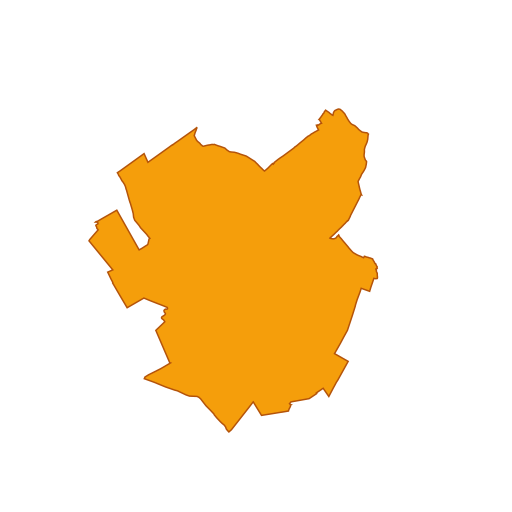 outline of Topolovatu Mare, Timis, Romania, rotated 49°
{"feature_id": "2599482B42995693955942", "entity_name": "Topolovatu Mare", "entity_type": "district", "adm_level": 2, "iso_a3": "ROU", "parent_name": "Romania", "parent_adm1": "Timis", "projection": "albers", "projection_center": [21.637, 45.789], "detail": "fine", "context": "isolated", "style": "filled", "palette": "amber", "viewbox_px": 512, "rotation_deg": 49, "n_neighbors": 0, "source": "geoboundaries", "source_scale": "gbopen_adm2", "svg_char_len": 6059}
<svg xmlns="http://www.w3.org/2000/svg" viewBox="0 0 512 512"><g transform="rotate(49 256 256)"><path d="M371.0,391.9L371.0,388.6L370.9,388.0L365.5,360.0L364.3,354.1L364.3,353.8L379.9,356.4L384.7,348.7L394.3,333.2L393.9,332.7L393.2,331.4L392.4,329.4L392.1,328.7L391.6,328.2L391.2,327.7L391.3,327.1L390.8,327.4L390.1,327.6L389.4,327.6L389.2,325.9L389.0,325.4L398.5,309.5L399.6,300.8L399.6,300.4L398.9,300.3L399.9,292.1L409.8,293.2L406.3,284.2L405.6,282.3L405.0,280.7L404.0,278.1L403.3,275.6L396.0,255.6L381.2,260.8L377.3,249.7L374.8,243.2L372.1,235.8L364.2,222.5L359.1,214.2L358.2,213.0L355.3,208.3L351.4,201.1L349.4,197.8L357.2,193.4L354.8,189.6L352.2,185.1L350.2,181.7L351.2,181.0L351.8,180.4L352.3,179.6L352.5,179.3L352.5,179.2L352.1,178.6L351.4,178.0L350.1,177.1L348.7,175.9L348.2,175.7L347.3,175.5L346.1,175.0L345.9,174.6L345.5,174.4L344.7,174.3L344.4,174.0L344.5,173.8L344.9,173.1L344.9,172.8L344.8,172.5L344.2,172.4L343.9,171.9L343.8,171.7L343.6,171.6L342.8,171.6L341.7,171.2L341.1,171.2L340.8,170.9L340.6,170.8L340.2,170.8L339.8,171.1L339.5,171.1L338.3,170.7L336.5,170.4L335.8,170.2L335.1,170.2L334.7,169.9L334.3,170.1L332.3,171.2L331.9,171.6L330.4,172.4L329.3,173.3L327.6,174.1L327.3,174.4L327.7,175.3L327.9,175.9L327.2,176.3L325.4,177.0L322.3,178.6L321.1,179.1L317.3,180.4L316.5,180.5L314.8,180.6L310.5,180.6L309.5,180.5L300.9,180.4L299.1,180.3L295.7,180.4L295.3,180.3L295.0,179.9L294.7,179.8L294.3,179.8L294.4,180.2L294.5,180.7L294.4,181.4L294.4,182.0L294.8,183.2L294.8,183.9L294.5,185.0L294.2,185.7L293.7,186.5L293.1,187.0L292.9,187.3L292.7,187.4L292.0,187.8L291.7,188.2L291.0,188.5L290.9,188.1L290.9,187.4L290.8,182.7L290.6,179.8L290.6,178.7L290.6,178.3L290.5,177.6L290.4,176.9L290.4,176.4L290.3,175.4L290.2,172.0L290.0,171.1L290.1,170.6L290.0,170.2L289.9,169.2L289.8,167.0L289.6,166.1L289.6,164.4L289.6,164.1L289.3,163.8L289.7,163.2L289.4,162.3L289.2,161.9L288.0,159.0L287.7,158.5L287.4,158.0L284.7,151.3L281.8,144.1L280.4,140.6L279.8,139.4L278.6,136.4L279.0,136.2L278.0,135.9L275.4,134.6L274.0,134.0L268.0,130.8L266.9,130.2L266.5,129.6L265.4,126.8L264.9,125.3L263.6,122.7L263.2,121.3L262.8,119.7L262.0,117.4L261.5,116.2L261.2,115.4L260.7,114.7L259.2,112.7L257.4,110.7L257.0,110.5L255.7,110.5L255.0,110.4L252.0,109.2L251.3,108.7L250.5,108.0L248.6,105.9L246.7,104.3L245.7,102.9L244.7,101.3L244.6,101.0L243.7,99.0L242.8,97.3L242.3,96.6L241.3,95.2L238.6,92.4L238.2,91.9L237.8,91.2L237.5,91.3L236.5,91.2L236.2,91.3L235.5,91.7L234.6,92.6L233.5,93.5L232.5,94.3L231.8,94.7L229.2,95.3L227.8,95.5L226.0,95.5L222.7,95.9L222.1,96.1L219.7,97.2L218.3,97.5L217.7,97.5L215.5,97.4L214.3,97.2L212.7,97.0L211.6,96.7L208.8,96.2L207.3,95.8L206.3,95.7L205.3,95.8L203.5,95.8L203.1,95.8L202.2,96.1L201.1,96.1L200.6,96.3L200.3,96.4L199.2,97.3L198.7,98.4L198.1,100.6L198.0,101.0L198.0,101.4L198.4,102.9L198.6,103.4L199.1,104.1L199.5,104.5L200.3,105.7L199.6,106.0L199.0,106.1L196.6,106.7L195.8,106.7L195.0,106.9L194.3,107.1L191.6,107.8L191.7,108.3L192.0,109.8L192.1,110.0L192.5,110.7L192.6,111.0L192.7,111.7L192.7,112.4L193.1,113.3L193.2,113.6L193.4,114.7L193.7,115.8L194.3,118.8L194.4,118.7L195.3,118.8L197.9,119.3L198.8,119.5L198.6,119.8L198.4,120.8L198.2,121.6L198.2,122.7L198.0,123.0L197.8,123.2L198.0,123.3L197.8,123.9L197.3,124.0L196.9,124.6L197.8,125.0L199.0,125.4L201.9,126.1L201.7,126.9L201.4,128.6L201.0,130.1L200.5,133.0L200.2,134.2L200.2,135.8L200.0,137.1L199.9,137.8L199.7,138.2L199.7,138.7L199.6,141.0L199.7,143.9L199.5,149.1L199.5,152.2L199.4,153.9L199.2,155.1L199.2,155.5L199.3,155.8L199.3,157.0L198.3,169.8L197.8,173.6L197.6,175.9L197.4,180.3L197.4,180.9L197.8,182.3L197.9,182.2L198.0,182.8L197.1,182.9L197.1,183.3L197.1,184.1L197.2,185.6L197.5,189.4L197.5,192.2L197.5,193.2L197.4,193.9L194.9,194.2L193.7,194.2L192.5,194.4L189.4,194.6L187.8,194.6L186.0,194.8L183.7,194.9L181.2,195.7L176.1,197.2L174.5,197.7L174.0,197.9L168.7,201.1L167.1,201.9L165.2,203.1L163.6,204.2L161.0,206.7L160.1,207.4L159.6,207.7L156.9,208.4L154.1,208.7L149.5,211.3L148.0,212.3L144.5,214.2L144.3,214.3L144.1,214.9L143.0,215.9L142.5,216.7L141.8,218.0L141.3,218.8L141.1,219.0L140.1,220.8L139.1,222.8L138.8,223.5L138.0,224.2L137.7,224.3L137.4,224.2L136.2,224.4L135.5,224.6L134.4,224.4L133.0,224.6L131.3,224.9L129.7,224.9L124.7,223.7L123.0,221.1L121.9,218.9L121.3,217.9L121.0,217.5L120.6,216.6L120.4,216.5L120.2,216.5L120.0,220.1L119.5,224.9L118.0,240.0L117.6,243.5L117.5,245.9L117.3,245.9L117.1,247.1L116.9,249.8L115.6,263.7L114.4,276.1L105.3,273.3L102.6,302.8L102.3,305.0L102.2,306.0L103.7,306.2L104.7,306.6L105.7,306.8L107.3,306.9L111.2,307.8L113.3,307.9L115.7,308.3L117.4,308.8L119.1,309.5L119.9,310.0L121.3,310.5L130.1,314.7L132.8,315.9L133.7,316.2L139.6,318.9L143.4,320.8L145.7,322.4L146.4,322.9L149.0,323.9L149.7,324.1L151.5,324.1L156.2,324.2L159.0,324.6L167.9,324.3L170.1,324.5L173.1,324.5L173.0,325.6L173.4,326.1L176.1,329.7L176.2,330.2L176.3,330.8L175.9,333.2L175.4,336.8L174.7,340.2L168.4,338.9L130.1,331.0L126.7,348.1L125.8,352.8L125.7,353.2L125.5,353.4L125.1,354.2L125.1,354.8L125.9,353.9L126.9,353.5L127.2,353.6L127.5,353.8L128.0,354.1L128.0,354.6L127.7,355.8L127.7,356.2L127.7,356.6L128.0,356.9L128.6,357.1L129.2,357.1L129.8,357.4L130.3,357.7L131.0,358.0L131.9,357.9L132.5,357.9L132.7,358.0L134.5,370.7L135.0,372.1L172.5,373.2L170.9,378.5L178.5,380.6L182.0,381.4L182.3,381.9L196.4,384.6L210.5,387.2L214.2,368.2L220.4,365.1L227.3,361.5L231.4,359.3L236.6,356.7L237.3,357.0L237.6,357.2L237.8,357.6L237.7,358.0L237.2,358.7L236.6,359.3L236.6,360.6L236.7,361.1L237.1,361.5L238.2,362.0L239.1,362.0L239.9,362.1L240.2,362.3L240.5,362.8L240.6,363.5L240.6,364.1L240.4,365.4L240.2,366.5L240.2,367.0L240.4,367.5L240.7,367.9L241.5,368.1L243.4,367.7L244.4,367.7L245.3,367.9L245.8,368.0L246.4,380.4L279.9,391.1L280.6,390.7L278.5,402.0L275.2,414.8L274.5,419.2L275.3,420.8L283.9,416.0L295.6,410.1L304.1,405.2L306.1,403.8L315.0,399.9L318.1,398.1L323.3,392.6L325.2,391.8L327.4,391.5L336.3,392.0L342.3,391.6L347.6,391.4L348.5,391.7L352.6,391.8L357.8,391.6L359.9,391.4L363.0,390.9L365.3,391.2L367.0,391.9L369.0,392.0L371.0,391.9Z" fill="#f59e0b" stroke="#b45309" stroke-width="1.5"/></g></svg>